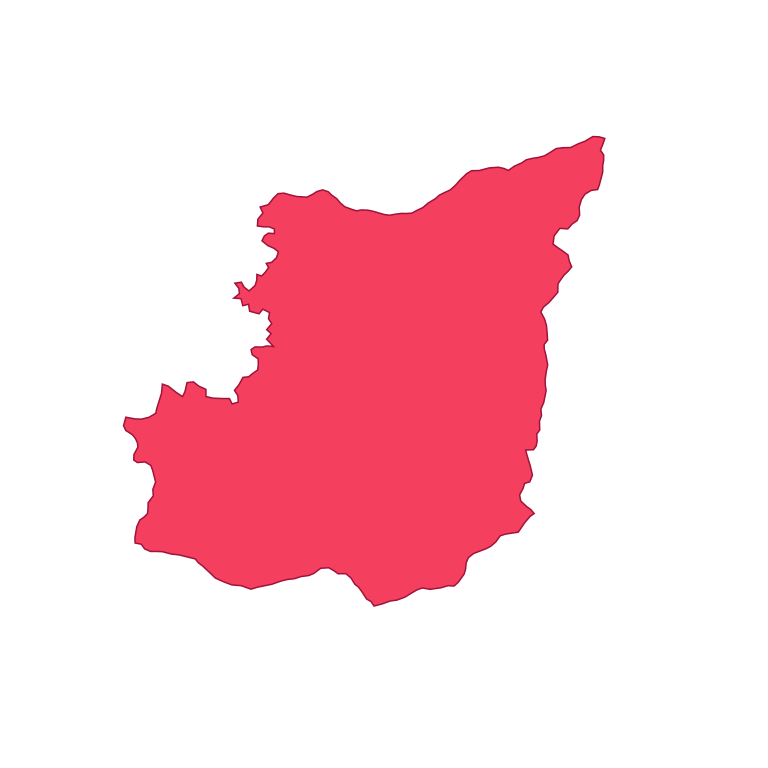 the district of Luís Antônio, São Paulo, Brazil, rotated 72°
{"feature_id": "56859067B15496650463399", "entity_name": "Luís Antônio", "entity_type": "district", "adm_level": 2, "iso_a3": "BRA", "parent_name": "Brazil", "parent_adm1": "São Paulo", "projection": "robinson", "projection_center": [-47.801, -21.547], "detail": "fine", "context": "isolated", "style": "filled", "palette": "rose", "viewbox_px": 768, "rotation_deg": 72, "n_neighbors": 0, "source": "geoboundaries", "source_scale": "gbopen_adm2", "svg_char_len": 3684}
<svg xmlns="http://www.w3.org/2000/svg" viewBox="0 0 768 768"><g transform="rotate(72 384 384)"><path d="M218.7,98.1L215.4,103.0L213.2,108.9L215.2,117.8L215.6,125.3L216.8,133.3L214.5,141.1L213.3,147.6L215.2,154.8L216.6,161.0L216.2,167.5L215.3,172.7L214.7,179.2L216.3,184.9L217.1,192.6L219.3,199.7L216.2,203.1L213.2,208.2L211.0,217.1L210.4,227.5L208.2,234.7L209.5,240.4L213.4,248.4L217.1,254.7L219.9,261.1L220.6,267.1L221.5,273.1L223.6,277.7L225.5,286.0L228.2,292.5L229.1,299.3L230.1,304.8L228.7,310.2L227.1,314.9L226.0,320.7L225.2,326.6L222.7,331.7L216.6,340.6L213.7,345.6L211.5,351.6L210.8,356.6L207.9,360.7L203.4,366.5L198.3,369.6L193.1,371.7L188.5,375.2L183.9,377.6L180.4,382.4L180.2,388.3L181.5,393.2L182.5,399.6L178.6,409.3L174.8,415.4L171.6,420.1L170.2,425.9L173.0,431.6L177.7,438.6L177.4,447.1L183.9,446.3L188.3,453.0L194.6,455.6L197.4,449.8L199.0,444.7L202.7,440.4L207.1,441.7L204.8,447.4L206.2,452.0L210.1,455.8L216.5,451.7L221.0,446.7L225.7,443.6L230.6,447.2L233.6,453.2L232.9,458.7L237.6,457.8L241.0,462.4L243.5,467.0L240.5,471.0L245.9,472.9L250.5,476.1L253.8,483.6L248.7,487.1L243.1,488.2L242.0,494.7L248.1,492.5L253.4,493.6L255.9,500.3L258.7,493.6L265.9,494.1L266.3,488.2L273.3,489.3L278.6,481.2L275.4,476.1L280.7,470.8L286.3,473.7L291.8,472.1L296.1,478.8L301.2,475.8L305.1,481.8L314.2,477.5L311.6,483.6L311.2,488.5L308.9,495.2L310.2,499.8L315.4,500.3L321.2,495.9L326.8,497.6L331.6,499.8L333.5,505.9L335.3,510.5L334.1,516.1L339.7,522.0L343.9,528.2L349.9,526.6L356.2,528.2L356.0,534.6L350.1,535.5L347.7,542.7L344.6,551.0L340.9,557.2L334.1,555.0L328.9,560.7L323.1,564.6L321.8,570.9L329.8,575.7L333.7,579.5L328.1,584.0L319.5,589.7L315.6,594.8L324.1,598.5L329.9,602.6L337.4,607.9L341.3,610.1L343.0,617.6L342.5,625.4L340.4,631.3L335.8,639.8L343.2,644.6L348.5,643.9L354.4,639.0L359.2,637.2L363.9,636.7L368.0,637.6L373.8,643.6L379.0,645.5L382.5,642.8L384.3,635.3L389.4,630.9L394.7,630.7L406.6,631.5L412.8,636.4L419.1,638.0L424.0,645.0L430.0,647.1L434.2,649.0L436.5,653.5L437.9,658.3L443.3,663.2L453.0,668.3L458.3,669.9L461.4,664.3L466.9,662.6L471.1,657.8L473.0,652.0L475.0,646.6L480.2,638.5L483.0,632.1L487.8,624.4L492.0,617.6L496.9,615.7L501.1,612.7L505.1,610.5L510.3,607.6L516.4,604.4L519.8,600.7L523.3,596.8L528.1,590.7L531.7,582.1L538.0,574.0L538.2,566.8L539.1,558.8L539.8,552.8L539.6,542.5L540.1,536.2L541.5,529.3L541.5,522.6L542.9,514.7L542.5,509.4L539.7,501.1L541.7,493.3L546.1,489.3L550.3,486.3L552.6,478.9L558.4,475.3L565.4,473.6L569.3,471.0L575.1,469.1L583.1,467.0L587.0,463.5L592.1,462.1L592.6,453.3L592.3,445.2L593.5,438.6L593.2,430.0L591.4,422.7L590.0,416.3L589.8,410.7L593.5,403.7L595.4,392.9L595.6,385.4L597.8,379.7L595.4,374.4L589.6,366.6L585.5,363.7L579.6,361.2L575.2,357.4L572.9,351.1L572.2,337.9L571.3,332.5L568.7,326.4L564.3,320.4L564.3,314.8L566.4,302.1L559.0,292.5L555.0,285.8L553.6,281.2L548.7,283.2L544.5,286.3L537.5,290.1L531.4,289.3L526.2,283.9L522.0,281.0L522.1,275.6L516.6,271.0L506.9,270.2L496.4,270.0L490.6,269.7L492.7,262.1L490.0,258.4L485.6,256.0L478.9,254.2L475.8,250.1L467.4,247.6L462.6,243.9L456.4,242.6L451.0,237.8L440.3,231.8L435.2,231.0L429.6,229.4L421.9,225.6L416.4,222.4L406.3,221.1L400.3,220.8L395.9,219.5L392.9,214.9L385.9,213.1L378.5,211.4L372.0,211.2L364.0,212.6L360.2,208.7L357.5,202.0L353.5,195.3L350.4,190.3L342.5,187.6L339.1,183.3L336.0,179.0L333.6,173.9L330.6,169.3L324.1,169.8L318.2,169.1L313.3,172.5L308.1,176.5L303.2,180.0L295.8,176.5L290.3,168.7L293.3,161.3L290.0,155.6L288.2,149.7L283.7,145.7L276.1,143.7L269.7,139.3L265.6,134.3L263.9,127.1L265.1,120.7L261.2,117.7L257.2,115.1L250.0,110.5L243.6,108.4L239.3,106.0L234.0,104.3L228.5,105.9L223.4,101.6L218.7,98.1Z" fill="#f43f5e" stroke="#9f1239" stroke-width="1.5"/></g></svg>